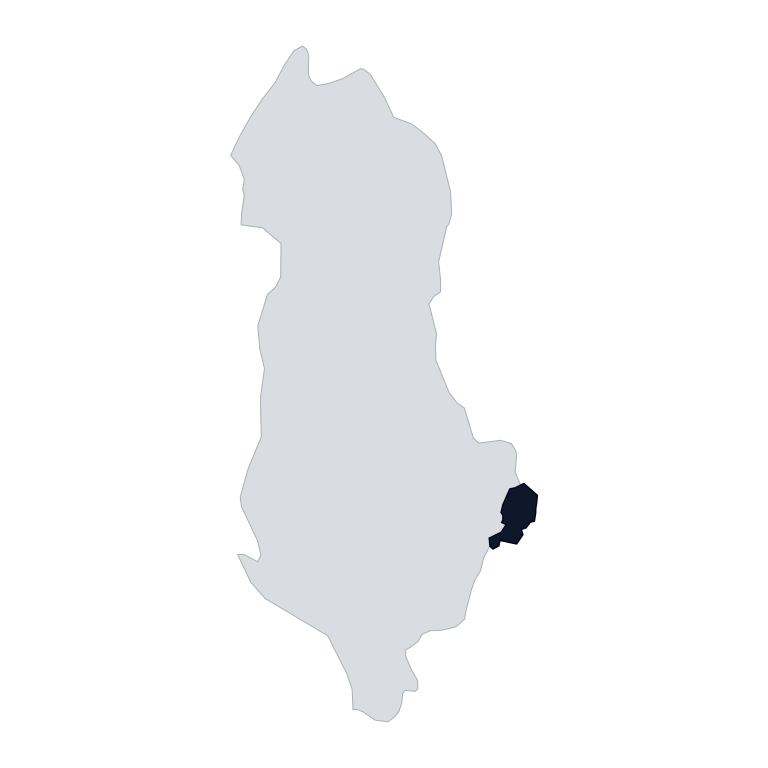 Devoll, Korçë, Albania (highlighted)
{"feature_id": "67620474B41402008781007", "entity_name": "Devoll", "entity_type": "district", "adm_level": 2, "iso_a3": "ALB", "parent_name": "Albania", "parent_adm1": "Korçë", "projection": "mercator", "projection_center": [20.941, 40.579], "detail": "fine", "context": "in_parent", "style": "filled", "palette": "ink", "viewbox_px": 768, "rotation_deg": 0, "n_neighbors": 0, "source": "geoboundaries", "source_scale": "gbopen_adm2", "svg_char_len": 1870}
<svg xmlns="http://www.w3.org/2000/svg" viewBox="0 0 768 768"><path d="M241.1,224.9L241.6,213.5L244.3,195.5L242.7,189.5L244.3,179.2L239.1,165.4L230.6,155.5L238.8,137.9L250.8,116.6L261.9,99.7L275.4,82.1L284.4,65.1L294.1,50.6L302.4,46.1L306.6,49.2L308.8,55.6L308.3,74.4L311.1,80.9L316.8,85.7L329.0,83.4L342.5,78.7L360.6,68.7L363.7,69.3L370.4,74.5L384.4,97.3L393.7,117.3L412.0,124.2L422.2,132.0L435.3,143.8L441.6,155.7L450.6,192.0L451.6,213.8L449.0,223.8L446.8,226.4L438.6,261.9L440.6,280.0L440.5,291.9L433.6,296.6L429.0,304.0L436.5,333.5L435.5,346.0L435.9,360.3L449.3,393.0L457.2,403.1L464.3,407.9L473.3,437.9L478.7,443.1L500.7,440.3L511.4,443.6L515.7,450.7L516.6,455.6L515.2,472.3L520.6,485.2L528.0,498.5L527.9,506.6L523.0,519.8L514.2,535.2L502.6,541.1L489.8,546.1L483.6,558.1L480.5,570.8L474.8,580.2L471.2,590.5L465.8,611.6L464.5,619.2L455.8,626.9L442.3,630.1L430.3,630.7L422.1,634.3L418.0,641.5L410.3,647.3L405.7,649.8L405.7,656.2L411.3,669.5L417.6,680.3L417.8,689.0L414.7,691.4L404.8,690.3L402.7,693.5L401.7,703.1L399.0,711.4L395.0,716.4L387.9,721.9L375.1,720.1L363.0,711.9L356.6,709.3L353.0,709.6L352.1,689.3L346.8,673.6L327.6,635.6L265.2,598.6L250.6,582.0L244.1,568.0L237.7,554.7L243.8,554.3L249.9,557.7L257.8,561.7L260.9,555.1L257.5,540.6L241.5,506.7L240.2,497.3L248.1,468.9L261.3,436.8L260.4,397.9L264.5,368.5L259.9,349.4L257.8,325.9L267.4,294.6L275.6,286.9L280.7,277.0L281.0,243.5L262.5,227.8L241.1,224.9Z" fill="#d9dde1" stroke="#a8b0b8" stroke-width="1"/><path d="M489.2,538.1L490.0,546.3L492.9,549.0L498.9,545.8L499.9,540.2L508.8,542.3L516.6,543.9L522.9,534.7L521.3,529.4L526.1,527.8L530.2,522.2L534.4,521.1L535.6,513.2L535.8,508.1L536.4,504.7L537.4,495.4L523.9,483.5L519.9,485.4L515.3,487.8L509.8,489.0L502.9,504.7L501.1,512.4L502.9,515.3L502.9,519.8L501.7,522.5L506.2,524.6L501.1,532.3L489.2,538.1Z" fill="#0f172a" stroke="#020617" stroke-width="1.5"/></svg>